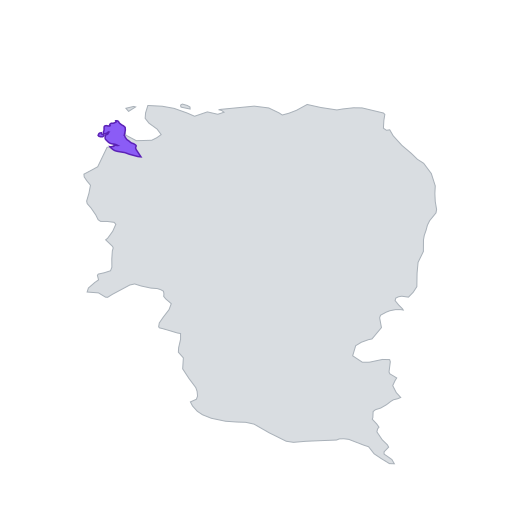 Krong Preah Sihanouk highlighted on a map of Cambodia, rotated 105°
{"feature_id": "KHM-1800", "entity_name": "Krong Preah Sihanouk", "entity_type": "Municipality", "adm_level": 1, "iso_a3": "KHM", "parent_name": "Cambodia", "parent_adm1": "", "projection": "equal_earth", "projection_center": [103.754, 10.721], "detail": "fine", "context": "in_parent", "style": "filled", "palette": "violet", "viewbox_px": 512, "rotation_deg": 105, "n_neighbors": 0, "source": "natural_earth", "source_scale": "10m", "svg_char_len": 4236}
<svg xmlns="http://www.w3.org/2000/svg" viewBox="0 0 512 512"><g transform="rotate(105 256 256)"><path d="M420.9,68.6L422.0,73.4L419.3,82.5L416.5,90.7L411.1,97.9L410.8,103.2L409.1,118.9L409.8,123.9L411.1,128.2L412.9,130.5L417.7,146.0L422.1,160.0L426.3,171.6L427.1,178.9L423.4,197.4L418.9,214.4L419.3,222.9L421.3,231.4L423.5,242.7L424.3,257.2L423.2,266.6L421.2,272.5L417.3,278.5L413.9,281.6L409.8,276.5L406.5,276.2L402.1,277.8L398.7,280.1L391.7,289.0L384.0,297.6L373.2,299.8L369.0,306.1L364.5,307.0L356.0,307.3L350.4,308.8L350.7,312.0L350.3,327.2L350.4,330.7L349.6,331.7L345.7,332.1L339.2,329.8L330.3,326.1L324.0,325.5L320.8,332.1L318.9,334.7L316.5,335.1L314.0,336.2L313.2,339.2L313.0,342.9L314.2,349.2L314.7,359.2L314.4,366.0L316.7,370.4L330.3,384.9L334.3,388.6L334.7,390.7L332.4,398.6L334.5,409.8L330.3,409.6L323.2,404.8L319.8,401.9L315.7,404.2L314.3,403.7L311.5,398.3L307.9,392.7L304.1,392.3L296.3,394.5L288.2,396.1L285.2,396.0L283.9,397.0L279.3,405.4L277.3,403.9L269.2,400.8L261.7,399.6L260.2,401.7L261.1,408.5L262.8,415.1L261.8,417.9L257.8,421.4L252.4,427.7L249.1,432.6L246.8,433.8L238.6,433.6L230.5,434.2L227.2,438.8L224.1,442.4L221.5,443.4L210.8,432.0L189.6,428.0L187.3,423.0L185.3,422.0L183.4,428.5L171.7,434.8L166.9,431.0L163.3,426.4L163.8,420.8L167.2,416.2L173.0,412.9L175.6,401.4L171.2,386.7L167.4,382.4L163.3,379.0L159.0,384.4L155.4,393.8L151.7,398.7L146.4,399.7L138.6,399.4L135.6,385.3L134.6,373.3L135.7,359.6L136.9,351.5L129.4,340.3L129.0,329.6L125.4,324.1L124.3,326.9L124.4,330.0L123.4,327.8L111.7,296.5L109.7,282.0L111.8,270.8L113.0,267.1L109.6,261.2L104.8,254.6L96.4,245.8L95.8,232.0L94.0,215.7L91.5,210.2L87.6,200.2L85.5,191.9L84.9,170.0L85.9,168.2L91.9,167.6L99.6,166.0L100.8,162.5L99.5,159.5L104.4,154.6L111.4,143.7L116.8,132.3L120.8,125.2L123.1,118.0L131.0,108.0L141.9,101.0L149.3,99.4L156.9,97.0L164.3,93.6L167.8,93.3L176.9,97.4L181.9,98.4L187.1,98.4L192.5,98.8L197.1,98.4L208.3,95.5L220.2,97.8L230.8,96.0L244.0,92.7L250.4,94.8L256.3,98.1L257.1,104.8L258.5,107.8L260.5,110.1L263.1,110.1L266.4,105.5L269.2,100.7L270.1,99.8L270.3,102.2L271.7,107.4L274.2,112.5L276.7,115.9L281.0,120.4L283.7,120.6L292.7,116.3L306.1,122.5L307.7,125.7L312.1,132.0L316.8,136.5L327.4,136.8L331.1,125.7L329.2,118.9L323.2,107.1L321.5,100.1L323.4,98.9L333.6,97.5L335.2,96.2L337.4,88.5L340.2,89.4L345.8,90.4L351.7,85.1L355.2,79.6L357.2,82.2L359.3,86.0L361.6,88.2L365.9,91.5L370.6,96.2L373.5,100.8L375.9,102.6L381.9,101.3L383.5,101.5L387.0,95.9L389.5,92.9L391.5,93.8L394.6,93.7L400.8,86.6L404.4,80.2L406.3,78.4L412.0,81.6L414.2,81.0L417.4,72.1L420.9,68.6ZM131.6,366.9L130.5,367.7L129.4,367.7L128.3,366.4L128.4,361.3L129.2,358.3L131.1,357.7L131.6,366.9ZM149.3,416.5L147.0,419.9L143.2,412.9L143.2,410.9L149.3,416.5Z" fill="#d9dde1" stroke="#a8b0b8" stroke-width="1"/><path d="M188.3,425.4L188.3,425.2L186.9,421.7L186.7,421.7L185.7,421.7L185.5,421.2L185.6,420.8L185.5,420.5L185.3,419.9L185.2,418.6L185.0,418.1L184.6,419.9L184.6,421.7L185.0,425.0L184.8,426.5L184.3,428.0L182.8,430.7L182.1,431.7L181.2,432.3L180.1,432.5L178.6,432.5L177.7,432.3L177.3,431.8L177.1,431.2L176.6,430.7L175.9,430.5L174.8,430.4L174.3,430.1L174.3,430.7L175.7,431.7L176.9,433.3L177.3,434.8L175.9,435.5L173.8,435.3L171.3,436.0L170.1,436.1L169.3,435.5L168.8,434.3L168.7,433.0L168.8,432.5L168.6,432.2L168.4,431.1L168.1,430.7L167.6,430.6L167.3,430.9L167.1,431.2L166.8,431.3L166.4,431.1L165.8,430.8L165.2,430.1L164.7,428.1L164.0,427.2L162.7,425.8L161.7,426.5L161.3,425.3L161.6,423.7L162.5,422.9L163.0,422.3L163.7,420.7L164.3,419.0L164.5,417.8L165.6,415.7L168.1,414.8L173.2,414.5L173.5,414.5L173.5,414.3L175.2,413.0L176.8,411.1L177.1,410.6L177.2,410.2L177.3,409.9L177.7,408.7L178.7,406.6L178.9,406.0L179.0,405.7L179.1,405.0L179.1,403.9L179.2,403.3L179.4,402.5L179.9,401.1L180.3,400.5L180.7,400.2L182.1,400.4L182.4,400.3L182.8,400.2L183.3,400.0L184.4,399.1L190.0,392.8L190.5,395.7L190.5,404.8L190.1,408.9L190.1,409.6L190.8,416.9L190.8,418.7L190.7,420.0L190.5,420.7L190.0,422.2L188.8,424.7L188.5,425.2L188.3,425.4L188.3,425.4ZM179.7,434.3L180.6,435.1L181.1,437.0L181.0,438.8L180.4,439.7L179.3,439.6L178.4,439.4L177.6,438.7L177.0,437.3L177.6,437.1L177.8,436.8L178.4,436.1L177.9,435.0L178.1,434.4L178.8,434.1L179.7,434.3Z" fill="#8b5cf6" stroke="#5b21b6" stroke-width="1.5"/></g></svg>